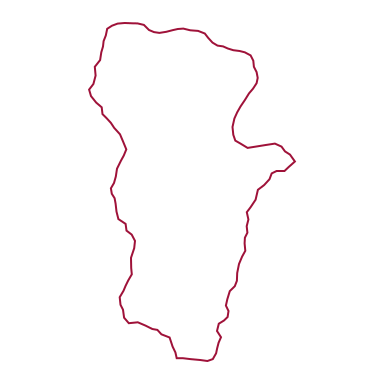 the district of São João do Manhuaçu, Minas Gerais, Brazil
{"feature_id": "56859067B45199340096443", "entity_name": "São João do Manhuaçu", "entity_type": "district", "adm_level": 2, "iso_a3": "BRA", "parent_name": "Brazil", "parent_adm1": "Minas Gerais", "projection": "mercator", "projection_center": [-42.151, -20.379], "detail": "fine", "context": "isolated", "style": "outline", "palette": "rose", "viewbox_px": 384, "rotation_deg": 0, "n_neighbors": 0, "source": "geoboundaries", "source_scale": "gbopen_adm2", "svg_char_len": 1794}
<svg xmlns="http://www.w3.org/2000/svg" viewBox="0 0 384 384"><path d="M212.8,359.1L216.1,353.3L217.2,348.1L218.6,342.7L221.0,337.2L217.0,331.0L218.8,323.7L224.0,320.5L227.6,317.0L228.5,311.0L225.9,305.6L227.3,299.3L229.8,291.1L234.8,286.2L236.9,280.8L237.2,273.0L239.0,264.0L242.1,256.6L245.3,250.8L244.6,243.4L244.9,237.7L247.4,232.7L246.7,226.2L248.4,219.5L246.8,212.2L250.6,207.2L255.6,199.7L257.9,189.8L264.2,185.0L269.5,179.2L271.7,173.4L276.6,171.0L284.5,171.0L288.8,166.9L294.9,161.5L290.0,154.6L285.0,151.4L281.5,146.6L274.9,143.6L265.1,145.1L255.8,146.6L247.6,147.9L240.5,143.6L235.3,140.6L233.3,134.8L232.5,127.0L234.4,118.5L237.2,112.3L240.5,106.5L244.9,100.0L249.0,93.4L253.0,88.7L256.6,83.2L257.7,77.9L256.6,72.1L253.9,66.8L253.3,60.7L250.6,55.4L244.8,52.3L239.6,51.0L233.3,50.2L227.8,48.5L223.1,46.4L217.5,45.6L212.5,42.6L208.2,37.9L204.8,33.5L198.1,30.9L190.3,30.3L183.3,28.6L177.8,29.0L172.9,30.1L166.3,31.8L159.4,32.9L154.0,32.1L149.0,30.0L143.9,24.9L137.5,23.4L132.4,23.3L124.7,23.0L117.6,23.6L112.0,25.7L107.2,28.8L105.8,35.5L103.6,41.1L103.0,46.5L101.3,52.3L100.1,60.1L94.8,66.8L95.6,75.6L93.4,84.0L89.1,89.6L91.0,96.1L96.2,102.6L101.7,107.3L102.5,114.1L106.6,118.2L110.9,122.9L114.2,127.9L120.0,134.3L123.1,141.6L126.3,149.4L123.8,155.5L120.9,160.8L117.0,168.7L115.8,176.6L114.0,183.0L110.9,188.3L111.8,193.8L114.6,198.2L115.6,203.7L116.5,211.6L118.4,219.1L125.6,223.9L126.5,230.6L131.7,234.6L135.0,240.9L134.2,248.2L131.0,257.8L131.2,268.0L131.8,274.3L128.2,280.5L125.6,285.8L123.5,290.8L119.7,297.2L120.5,304.8L123.0,309.7L124.1,317.7L128.8,323.2L137.8,322.3L145.5,325.6L152.3,329.0L157.4,329.9L161.4,334.3L169.6,337.5L172.6,346.6L175.4,352.4L176.7,358.2L182.9,358.2L190.3,359.1L200.2,360.0L207.4,361.0L212.8,359.1Z" fill="none" stroke="#9f1239" stroke-width="2"/></svg>